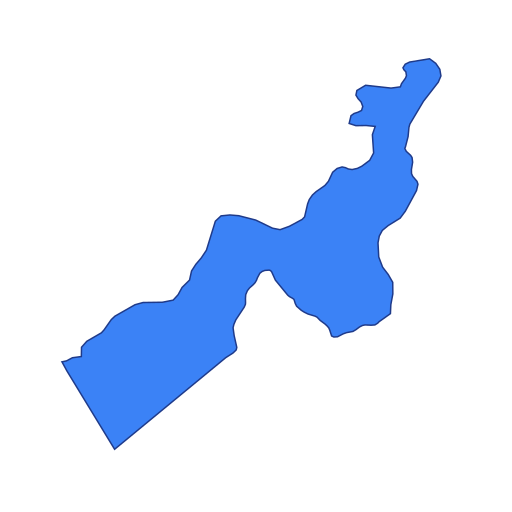 an SVG outline of Chitipa, rotated 83°
{"feature_id": "MWI-1873", "entity_name": "Chitipa", "entity_type": "District", "adm_level": 1, "iso_a3": "MWI", "parent_name": "Malawi", "parent_adm1": "", "projection": "albers", "projection_center": [33.389, -9.977], "detail": "fine", "context": "isolated", "style": "filled", "palette": "blue", "viewbox_px": 512, "rotation_deg": 83, "n_neighbors": 0, "source": "natural_earth", "source_scale": "10m", "svg_char_len": 2118}
<svg xmlns="http://www.w3.org/2000/svg" viewBox="0 0 512 512"><g transform="rotate(83 256 256)"><path d="M87.1,87.2L83.8,84.5L82.2,79.8L81.4,59.7L86.7,54.1L93.1,50.8L99.8,50.5L105.7,53.9L122.8,70.9L143.8,87.2L146.9,88.5L156.0,90.5L166.0,94.4L167.3,95.2L170.4,94.1L175.0,90.2L177.3,89.1L182.0,89.1L189.1,91.2L193.2,91.6L196.1,90.7L201.5,87.1L204.5,86.5L210.6,88.7L229.7,102.3L236.0,108.3L241.9,121.1L246.0,127.5L251.2,131.2L257.8,133.3L271.9,134.3L282.5,131.7L290.5,127.0L298.8,123.5L310.3,124.8L320.7,128.1L329.6,129.6L336.2,141.8L337.5,143.4L338.9,146.4L338.7,150.2L337.7,156.2L337.9,158.7L339.0,161.8L341.3,165.8L342.7,169.0L343.1,175.5L343.9,179.0L346.1,184.9L345.9,188.6L344.6,190.7L338.8,191.8L336.3,192.5L334.3,193.8L332.0,195.7L327.7,200.2L324.1,202.9L322.9,204.7L319.9,211.5L317.6,215.0L315.3,217.8L310.8,221.8L308.0,222.8L303.7,223.6L302.5,224.8L300.4,227.7L298.7,229.3L282.3,239.7L273.6,242.4L272.2,243.4L271.6,244.7L271.4,249.0L272.1,251.8L273.6,254.3L277.7,257.2L280.2,258.5L282.4,260.2L284.1,262.2L286.9,266.3L289.4,268.8L293.1,270.9L296.7,271.6L301.3,272.1L302.7,272.4L305.4,274.0L316.9,283.8L321.2,286.3L324.4,287.5L332.2,287.4L344.4,286.2L346.8,287.1L349.4,290.5L353.2,298.4L430.6,419.9L347.0,457.7L337.4,461.5L337.3,460.3L337.0,456.9L334.6,450.6L334.5,441.6L325.3,440.3L320.0,434.3L313.4,418.8L310.8,415.8L301.4,407.3L298.5,403.3L289.6,382.0L288.4,373.8L290.5,354.5L289.7,343.6L284.9,338.0L278.2,333.2L271.8,324.9L263.0,321.8L256.9,316.7L251.3,310.6L244.2,304.5L216.5,292.1L211.9,285.8L212.1,276.9L213.9,268.2L220.3,251.9L230.4,236.2L232.8,228.9L230.6,219.3L225.3,205.7L223.1,203.0L210.5,198.4L206.4,196.2L202.3,192.5L199.4,188.4L194.4,179.0L190.7,175.0L182.2,169.7L179.0,164.8L178.1,159.7L179.2,156.5L180.9,153.7L181.9,150.0L181.4,144.7L179.8,140.1L174.9,131.5L168.1,126.7L149.8,125.7L141.9,121.9L139.9,130.8L138.8,141.0L135.8,147.4L128.3,144.6L126.5,141.3L125.7,137.2L124.4,133.5L120.6,131.8L116.0,132.9L112.3,135.5L108.5,137.2L104.0,135.7L99.9,126.4L105.8,101.5L105.7,92.1L102.7,90.6L97.7,86.0L95.4,84.7L91.5,84.8L89.2,86.5L87.1,87.2Z" fill="#3b82f6" stroke="#1e3a8a" stroke-width="1.5"/></g></svg>